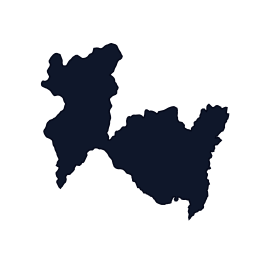 the district of Caraí, Minas Gerais, Brazil, rotated 16°
{"feature_id": "56859067B4076294409076", "entity_name": "Caraí", "entity_type": "district", "adm_level": 2, "iso_a3": "BRA", "parent_name": "Brazil", "parent_adm1": "Minas Gerais", "projection": "robinson", "projection_center": [-41.587, -17.164], "detail": "fine", "context": "isolated", "style": "filled", "palette": "ink", "viewbox_px": 256, "rotation_deg": 16, "n_neighbors": 0, "source": "geoboundaries", "source_scale": "gbopen_adm2", "svg_char_len": 5869}
<svg xmlns="http://www.w3.org/2000/svg" viewBox="0 0 256 256"><g transform="rotate(16 128 128)"><path d="M33.4,106.4L32.7,107.7L32.8,109.4L33.6,110.9L34.6,111.3L37.8,111.8L39.0,111.8L42.0,112.7L43.4,113.3L47.4,116.6L48.6,116.9L50.7,115.7L52.1,115.3L53.7,115.2L56.6,116.2L57.8,117.2L59.2,119.5L60.0,120.4L60.9,121.1L61.7,122.1L61.4,123.6L61.5,127.3L61.2,128.5L60.3,129.8L59.1,130.8L58.2,133.2L57.2,134.7L56.1,137.3L55.5,138.4L54.3,139.3L53.4,140.6L50.9,142.4L49.4,145.1L49.1,146.4L49.2,149.0L48.9,151.3L48.3,152.7L48.1,154.2L48.8,155.5L49.5,156.5L51.3,158.2L52.4,158.9L55.7,159.3L57.1,159.7L58.4,160.2L59.3,161.1L60.5,163.9L61.2,165.1L62.9,166.5L64.3,169.0L66.6,171.5L67.3,173.0L68.1,174.1L70.2,176.4L70.6,177.7L69.7,180.3L70.0,181.9L69.6,183.7L70.8,184.1L72.3,184.2L73.0,185.7L72.8,187.2L72.5,188.3L71.4,190.8L71.7,191.9L73.0,194.0L74.9,195.4L75.4,196.4L75.0,197.5L74.4,198.6L74.7,199.8L78.2,203.7L79.6,204.4L80.1,203.0L80.8,201.8L81.0,200.7L81.8,198.4L82.5,197.5L82.7,196.1L82.5,194.2L81.6,193.0L81.4,191.5L81.8,190.2L82.6,189.0L84.0,188.8L85.1,188.0L85.5,186.9L86.7,185.0L87.6,182.7L87.2,181.1L88.2,177.7L91.5,177.2L92.6,175.9L93.0,173.7L94.2,173.4L94.8,172.3L95.9,165.4L95.1,164.2L94.9,163.0L96.6,160.1L98.0,159.2L99.8,158.7L100.4,157.7L101.0,156.4L102.2,155.8L104.0,155.4L106.1,155.8L107.3,155.3L108.7,155.2L111.5,155.4L114.3,157.0L115.9,158.1L118.0,160.4L120.6,162.0L121.8,162.9L123.6,166.1L125.5,168.7L127.2,169.5L128.8,169.7L130.3,169.5L131.7,169.0L134.0,168.8L135.4,169.1L137.1,169.9L139.1,171.4L140.2,171.6L141.2,171.5L144.0,171.9L145.1,172.8L145.7,174.4L146.7,176.0L147.2,177.4L148.6,177.6L149.8,177.4L150.9,178.5L153.8,182.4L155.0,182.1L156.3,182.6L157.1,183.6L158.5,183.8L160.0,184.8L161.1,185.9L162.1,185.6L163.0,185.1L163.7,186.0L164.9,185.9L166.1,186.4L167.1,186.4L168.4,187.1L170.1,187.0L171.6,187.9L172.5,188.8L173.6,189.1L174.6,190.2L176.3,191.4L177.8,191.7L181.0,192.0L182.7,191.6L184.3,191.1L185.3,190.1L186.7,189.6L187.7,189.0L188.7,188.7L189.7,187.9L189.5,186.5L189.9,183.2L190.6,181.5L192.4,181.1L192.9,182.3L192.3,183.6L193.4,184.9L194.9,184.5L195.6,183.0L195.2,181.9L195.1,180.6L196.1,180.0L197.2,180.4L198.2,180.6L199.1,181.3L200.7,181.3L203.5,180.4L204.8,180.6L206.1,179.9L208.6,183.2L209.3,184.9L208.3,186.3L208.1,187.8L209.1,188.3L209.1,191.4L209.9,192.7L210.8,193.8L211.1,197.1L211.9,198.7L212.5,197.6L213.0,195.8L213.8,194.5L214.9,193.6L215.0,191.4L216.0,190.3L217.9,189.0L218.6,187.4L220.1,187.0L221.0,186.3L221.5,185.0L222.3,184.0L222.1,182.7L221.3,181.3L222.2,178.1L222.3,176.2L222.7,174.5L222.7,172.8L223.3,171.4L222.3,168.6L221.8,167.4L220.9,166.2L221.3,164.5L220.7,160.7L221.5,159.4L220.0,157.6L219.6,156.1L218.5,156.0L217.3,155.2L217.0,153.5L217.2,151.8L216.9,150.4L215.8,149.8L214.9,148.5L215.4,147.0L215.7,145.4L217.3,144.9L218.2,144.1L217.5,143.2L216.3,143.0L216.4,141.5L216.2,139.8L215.6,138.4L214.5,136.8L214.5,134.9L216.0,133.4L216.1,131.6L214.0,129.1L214.0,127.4L215.7,127.3L216.8,126.6L216.4,125.4L216.8,123.9L216.3,122.5L215.6,121.7L216.0,120.6L216.9,119.7L218.1,119.5L219.1,117.9L219.7,116.2L220.4,115.4L221.0,114.1L219.4,113.5L218.4,112.6L216.9,112.3L216.0,113.1L214.9,113.4L214.8,111.8L216.0,110.7L216.5,109.1L218.1,106.0L218.9,105.1L219.9,104.5L220.3,102.4L220.4,100.7L219.9,99.5L219.6,96.7L220.3,95.6L220.7,94.4L220.4,92.8L221.2,91.7L221.2,90.1L221.1,88.4L220.8,86.9L219.4,87.2L218.2,86.4L217.5,81.2L216.3,81.3L215.1,82.1L213.1,83.8L212.0,83.7L211.4,82.6L210.2,82.5L209.0,82.1L208.0,82.0L206.7,82.4L205.9,83.6L205.0,84.8L203.3,85.3L199.3,83.1L198.4,84.4L198.2,85.9L199.0,88.8L198.8,90.4L197.5,89.9L196.0,88.9L194.5,89.4L193.7,90.7L194.3,93.5L193.9,96.0L194.3,97.4L194.2,98.5L193.0,99.4L192.3,100.9L192.1,102.5L190.9,103.4L190.3,104.5L190.7,105.8L191.2,106.9L191.1,108.2L189.9,109.4L189.3,110.7L189.6,111.8L189.4,113.1L188.3,113.5L187.2,113.1L185.5,113.4L182.2,112.6L181.5,111.5L181.4,110.2L180.7,109.3L179.6,108.8L178.5,108.0L176.8,108.1L175.7,108.3L174.5,107.6L173.5,106.8L172.9,105.7L172.6,104.5L171.6,103.0L171.1,99.9L170.6,98.6L170.4,97.4L169.5,95.7L166.6,95.0L165.5,95.3L164.1,96.0L161.6,97.8L159.1,100.3L157.7,101.5L153.0,104.1L152.9,105.7L151.4,106.5L150.1,105.9L148.5,105.5L146.5,105.4L145.2,105.6L144.1,106.3L141.3,105.5L140.3,105.8L139.9,107.1L140.6,110.6L140.6,112.0L140.4,113.5L139.3,113.9L138.1,112.9L136.8,112.5L135.3,112.5L131.6,113.9L130.1,114.2L128.9,114.9L128.2,116.3L127.2,117.0L126.1,116.8L125.2,117.5L124.7,119.1L124.9,121.6L126.1,124.6L126.2,126.1L125.6,127.6L124.3,128.2L123.0,128.5L122.3,129.4L121.4,131.8L120.7,132.7L119.0,134.2L117.7,134.5L117.2,135.8L117.9,139.4L116.9,139.9L115.9,140.5L115.3,141.9L114.8,143.6L113.6,144.9L112.1,144.8L111.7,142.1L110.7,140.7L109.4,139.6L108.6,138.1L109.2,136.2L109.0,134.5L108.9,132.9L109.0,130.3L108.8,128.5L108.3,126.9L108.4,123.4L107.9,122.0L107.2,120.6L105.5,117.8L105.2,116.7L105.2,115.5L105.4,114.3L106.2,112.0L105.9,110.8L104.8,110.0L102.3,106.3L101.9,104.8L102.6,103.4L104.1,101.0L106.7,98.9L107.3,97.7L106.6,94.9L107.2,93.1L107.1,91.7L105.2,90.0L104.1,88.5L102.7,87.8L102.1,86.8L101.7,85.6L100.8,84.3L99.0,83.2L95.9,82.0L96.6,80.2L98.3,77.6L98.4,74.5L99.1,71.3L99.3,68.0L99.6,66.6L100.2,65.0L101.4,64.1L102.4,62.5L102.5,60.6L101.1,59.4L99.9,57.8L97.1,55.4L94.6,52.4L93.1,51.7L88.8,51.6L87.8,52.1L86.0,53.7L84.8,54.4L83.6,55.5L82.2,57.7L81.5,58.6L80.5,59.4L78.9,59.7L77.4,59.6L75.9,59.9L73.4,61.0L73.6,63.9L73.5,65.3L72.7,66.7L71.3,67.6L70.5,69.0L70.2,70.1L69.6,71.1L68.3,72.5L66.8,73.4L65.1,74.0L63.9,73.8L62.8,73.4L59.3,72.3L57.9,72.8L55.7,75.3L54.5,78.0L53.8,78.9L53.1,80.3L51.9,85.2L50.3,86.0L49.1,86.2L48.0,86.2L47.2,85.2L46.4,83.5L46.2,82.3L45.8,81.0L42.3,76.3L39.1,76.1L37.8,76.6L37.1,77.3L36.2,78.5L34.8,81.5L33.9,85.2L34.4,86.4L35.5,87.4L36.2,88.6L36.2,90.4L35.3,93.5L34.9,95.2L35.4,96.4L38.6,99.9L38.7,101.4L38.4,102.7L38.0,104.0L37.3,104.9L36.3,105.8L34.9,106.4L33.4,106.4Z" fill="#0f172a" stroke="#020617" stroke-width="1.5"/></g></svg>